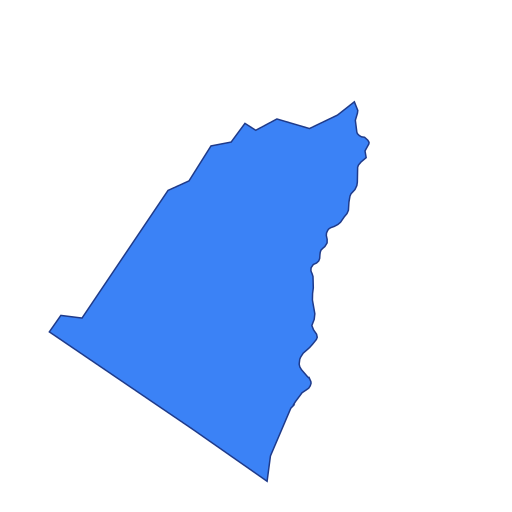 Seminole, Georgia, United States of America, rotated 213°
{"feature_id": "52423323B59309209567710", "entity_name": "Seminole", "entity_type": "district", "adm_level": 2, "iso_a3": "USA", "parent_name": "United States of America", "parent_adm1": "Georgia", "projection": "mercator", "projection_center": [-84.929, 30.901], "detail": "fine", "context": "isolated", "style": "filled", "palette": "blue", "viewbox_px": 512, "rotation_deg": 213, "n_neighbors": 0, "source": "geoboundaries", "source_scale": "gbopen_adm2", "svg_char_len": 1329}
<svg xmlns="http://www.w3.org/2000/svg" viewBox="0 0 512 512"><g transform="rotate(213 256 256)"><path d="M124.0,73.1L135.0,96.2L143.9,147.3L143.0,151.9L143.6,151.9L143.6,155.7L142.9,166.4L139.8,173.8L139.8,176.7L140.5,179.2L141.5,180.5L145.2,182.9L145.3,182.6L147.3,182.9L155.9,185.4L158.8,186.8L160.9,188.8L163.1,193.3L163.5,195.7L163.5,200.2L161.2,208.4L160.5,213.0L159.9,218.9L160.4,221.2L162.6,223.4L167.5,225.4L171.3,228.1L172.7,234.6L175.2,239.6L184.7,249.8L188.1,255.3L190.6,260.5L197.0,269.8L198.1,270.7L199.3,271.7L201.0,272.8L202.1,273.8L203.4,276.2L203.3,280.1L201.4,283.1L200.7,286.1L201.3,288.7L203.1,291.9L204.1,294.0L204.7,296.3L204.1,299.1L203.4,301.4L203.5,305.7L205.4,308.7L208.2,311.5L209.4,313.7L209.8,316.3L209.8,318.1L208.8,320.4L206.5,323.4L204.5,327.0L203.5,330.3L203.3,337.0L202.8,341.1L203.4,344.7L207.4,351.8L209.8,357.4L210.2,359.9L209.2,365.6L209.8,370.0L211.2,373.1L219.1,385.8L219.6,388.1L219.1,392.1L217.2,398.5L221.8,403.5L222.4,411.5L223.1,412.9L225.3,414.0L229.6,414.7L232.5,413.4L235.1,413.3L237.5,413.8L238.8,414.7L246.6,423.9L248.7,431.0L249.9,433.5L257.5,438.9L264.4,418.6L280.6,392.0L313.1,382.3L324.7,361.3L337.5,361.2L338.9,338.0L353.7,323.8L353.1,282.5L365.5,263.1L368.1,109.2L387.3,99.9L388.0,79.8L215.2,76.2L124.0,73.1Z" fill="#3b82f6" stroke="#1e3a8a" stroke-width="1.5"/></g></svg>